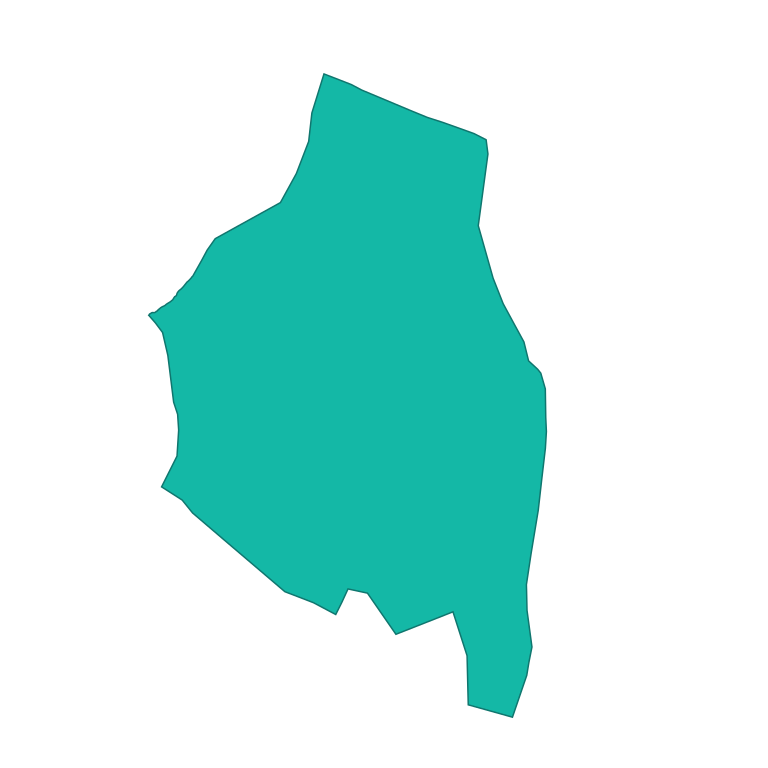 the district of Gudu, Sokoto, Nigeria, rotated 112°
{"feature_id": "59680162B43671986122418", "entity_name": "Gudu", "entity_type": "district", "adm_level": 2, "iso_a3": "NGA", "parent_name": "Nigeria", "parent_adm1": "Sokoto", "projection": "albers", "projection_center": [4.48, 13.464], "detail": "fine", "context": "isolated", "style": "filled", "palette": "teal", "viewbox_px": 768, "rotation_deg": 112, "n_neighbors": 0, "source": "geoboundaries", "source_scale": "gbopen_adm2", "svg_char_len": 1491}
<svg xmlns="http://www.w3.org/2000/svg" viewBox="0 0 768 768"><g transform="rotate(112 384 384)"><path d="M588.1,474.9L613.7,398.1L613.2,367.5L615.8,342.4L602.3,341.3L587.5,340.6L584.1,321.0L611.6,279.2L569.4,234.7L604.8,205.2L649.9,185.7L644.8,140.1L600.6,142.5L588.2,145.3L572.4,148.3L540.3,166.6L522.2,174.4L516.7,176.8L486.1,184.1L443.2,193.7L412.7,202.2L383.1,210.3L367.3,215.6L354.4,221.5L328.1,232.6L315.2,242.7L312.8,247.0L308.4,258.6L292.6,270.0L280.6,284.6L264.9,303.6L245.0,322.5L201.9,355.9L131.8,373.8L119.3,380.8L118.1,394.3L119.4,427.0L120.6,443.7L120.5,462.4L119.8,514.9L118.6,526.3L119.0,555.8L159.7,552.4L187.3,544.7L221.7,544.1L254.6,548.0L312.4,594.9L326.0,598.1L337.9,599.4L355.6,601.7L356.6,602.2L357.6,602.4L359.6,603.1L361.8,604.0L363.2,604.8L368.9,606.5L370.2,607.0L371.7,607.6L373.1,608.4L374.2,609.0L375.3,609.4L376.1,609.6L376.6,609.7L377.1,609.8L377.7,609.8L378.8,609.7L379.5,609.6L380.5,610.0L381.5,610.8L383.4,611.2L385.0,611.4L386.6,612.3L387.6,612.8L389.0,613.8L390.3,614.8L391.8,615.8L393.1,616.4L393.9,617.1L394.8,617.8L395.3,618.5L396.3,619.1L397.0,619.7L398.1,620.2L398.8,620.7L399.5,620.8L400.2,621.4L401.3,621.6L401.6,622.0L402.2,622.5L402.8,622.6L403.4,623.1L403.9,623.8L404.2,624.6L404.5,625.5L404.9,626.0L405.7,626.6L407.0,627.6L407.7,627.6L408.4,627.9L413.0,618.8L419.2,608.6L438.5,595.1L479.7,572.2L489.4,564.0L503.7,557.1L528.4,548.9L562.7,551.7L567.2,527.7L575.3,513.1L588.1,474.9Z" fill="#14b8a6" stroke="#0f766e" stroke-width="1.5"/></g></svg>